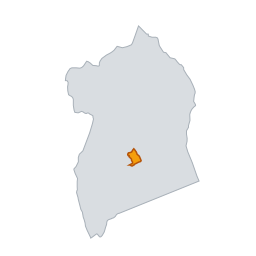 location of Mityana within Uganda, rotated 338°
{"feature_id": "UGA-3094", "entity_name": "Mityana", "entity_type": "County", "adm_level": 1, "iso_a3": "UGA", "parent_name": "Uganda", "parent_adm1": "", "projection": "robinson", "projection_center": [32.026, 0.462], "detail": "fine", "context": "in_parent", "style": "filled", "palette": "amber", "viewbox_px": 256, "rotation_deg": 338, "n_neighbors": 0, "source": "natural_earth", "source_scale": "10m", "svg_char_len": 2811}
<svg xmlns="http://www.w3.org/2000/svg" viewBox="0 0 256 256"><g transform="rotate(338 128 128)"><path d="M174.0,203.8L170.9,203.8L165.9,203.8L160.9,203.8L155.9,203.8L150.9,203.8L145.9,203.8L140.9,203.8L135.9,203.8L130.9,203.8L125.9,203.8L120.9,203.8L115.9,203.8L110.9,203.8L105.9,203.8L100.9,203.8L95.8,203.8L90.8,203.8L87.9,203.8L87.3,203.7L86.9,203.5L85.0,203.9L83.0,205.3L81.0,205.9L78.7,205.7L78.5,205.9L77.3,205.8L75.7,205.7L74.2,206.1L73.1,207.3L72.0,209.4L69.9,211.8L68.3,213.9L67.0,215.5L63.8,218.0L62.1,218.7L61.3,218.6L60.8,218.1L59.8,214.9L59.2,214.4L53.1,216.0L52.2,216.1L52.3,215.1L51.8,207.6L51.8,203.0L52.6,200.1L53.0,196.8L53.1,193.9L54.2,188.9L53.8,185.9L55.2,175.5L55.6,173.8L56.1,168.7L57.0,167.1L57.8,166.5L58.9,163.4L60.9,158.5L62.3,155.9L62.0,150.4L62.2,146.6L62.5,145.7L65.4,144.3L69.3,140.8L70.9,136.7L73.1,134.1L77.6,132.3L90.6,118.2L96.7,110.6L99.4,106.7L99.5,105.3L100.0,103.4L98.9,102.0L97.7,100.7L97.2,99.5L96.1,98.9L94.6,98.9L93.5,98.0L92.4,96.3L91.2,95.2L87.5,95.3L84.6,93.6L84.7,91.2L85.8,86.5L88.0,81.1L88.1,79.6L87.8,78.3L87.2,77.2L86.3,76.2L85.4,74.9L86.1,71.0L87.4,67.2L88.6,65.3L89.6,63.2L89.3,61.4L87.7,60.6L88.6,58.9L90.3,56.0L93.6,53.1L96.6,51.2L98.5,51.2L102.3,52.7L105.8,54.5L107.7,54.6L110.0,53.8L114.7,50.6L115.9,51.6L117.3,53.6L118.8,56.8L121.8,58.3L123.2,59.3L124.2,59.6L124.8,59.4L125.9,56.8L127.3,55.4L129.9,53.7L135.4,52.3L139.4,51.9L141.1,51.6L144.0,50.8L148.5,48.2L152.9,51.5L157.7,52.2L162.3,52.1L163.7,51.1L164.5,50.3L169.4,44.8L176.0,37.3L180.4,47.9L181.9,48.5L181.7,49.4L181.3,50.3L184.2,52.8L187.7,54.2L189.0,55.5L189.1,56.9L187.9,63.1L188.1,64.8L189.3,71.0L191.4,72.4L193.3,78.6L197.0,81.2L197.6,82.0L198.4,85.0L199.6,88.3L200.5,89.1L201.1,89.3L202.2,92.8L201.5,94.8L202.4,100.7L203.8,106.1L204.2,112.5L204.2,115.3L204.2,117.0L203.9,119.5L203.2,120.9L202.0,122.2L200.7,124.4L199.5,126.7L198.8,127.8L199.3,131.3L199.2,132.2L198.9,132.6L197.2,133.1L195.0,134.1L193.6,135.0L191.8,136.7L190.3,138.6L188.3,144.2L184.9,148.5L184.4,150.0L181.2,152.5L179.9,155.7L179.0,159.6L177.8,162.4L175.1,166.3L174.5,172.4L174.6,184.5L173.9,198.3L174.0,203.8Z" fill="#d9dde1" stroke="#a8b0b8" stroke-width="1"/><path d="M121.3,151.6L122.4,151.6L123.0,151.1L124.3,150.1L125.6,149.4L126.1,150.8L126.5,152.7L126.7,153.5L126.6,155.8L127.8,158.0L128.0,159.7L127.9,160.3L128.0,161.6L127.9,163.3L126.9,163.8L124.9,163.6L124.4,163.7L120.9,164.0L120.3,164.0L120.0,164.4L119.5,164.6L118.9,164.4L118.5,164.7L117.9,164.8L117.3,164.6L116.8,164.2L116.1,163.1L115.4,162.8L119.0,162.4L119.5,161.1L119.1,159.6L119.3,158.9L119.5,158.3L119.3,157.3L118.8,156.5L118.7,155.8L118.2,155.1L118.3,154.8L118.5,154.6L118.7,154.3L118.7,154.0L118.3,153.8L117.9,153.7L117.7,152.8L118.0,152.0L118.8,151.7L119.1,151.2L119.8,151.4L121.3,151.6Z" fill="#f59e0b" stroke="#b45309" stroke-width="1.5"/></g></svg>